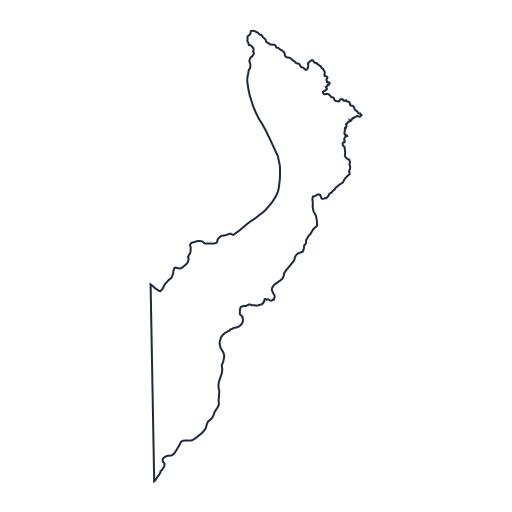 Potosí, Nariño, Colombia (Albers equal-area conic projection), rotated 90°
{"feature_id": "7082276B28332930136844", "entity_name": "Potosí", "entity_type": "district", "adm_level": 2, "iso_a3": "COL", "parent_name": "Colombia", "parent_adm1": "Nariño", "projection": "albers", "projection_center": [-77.52, 0.734], "detail": "fine", "context": "isolated", "style": "outline", "palette": "slate", "viewbox_px": 512, "rotation_deg": 90, "n_neighbors": 0, "source": "geoboundaries", "source_scale": "gbopen_adm2", "svg_char_len": 6009}
<svg xmlns="http://www.w3.org/2000/svg" viewBox="0 0 512 512"><g transform="rotate(90 256 256)"><path d="M115.1,150.6L113.5,151.8L113.5,152.9L113.3,153.4L111.3,154.9L110.3,156.5L109.1,157.4L106.9,158.1L106.4,158.5L105.6,160.0L105.7,160.9L105.5,161.5L104.9,161.9L103.6,162.0L101.8,163.1L101.3,165.6L100.3,165.8L100.3,166.5L100.9,167.7L100.8,168.2L100.3,168.8L99.4,169.2L99.1,170.0L99.3,171.3L99.6,171.9L101.2,172.7L101.5,173.1L100.9,176.6L100.2,177.4L98.0,178.2L97.3,179.2L97.3,180.4L97.0,180.9L95.4,182.0L94.5,183.1L93.9,184.3L93.8,184.8L94.2,186.5L94.2,187.5L94.1,188.0L93.5,188.6L92.2,189.1L91.7,189.1L91.2,188.5L90.6,186.9L89.3,185.2L88.8,185.1L88.0,185.4L87.3,186.0L86.6,186.1L85.9,184.5L84.7,184.1L84.6,182.9L82.9,182.4L82.7,182.4L82.4,182.8L82.4,184.3L82.1,185.0L81.4,185.0L79.8,185.6L79.3,185.5L77.8,184.6L76.9,184.8L76.6,185.1L76.0,187.3L75.7,187.6L75.2,187.7L74.1,187.3L73.1,187.2L71.4,187.4L70.2,188.4L68.9,188.8L68.0,190.5L66.2,191.2L66.0,192.0L64.5,193.7L63.9,194.9L63.1,195.2L63.2,196.0L62.8,196.7L62.6,197.4L60.4,199.1L60.1,200.1L61.1,201.9L62.6,203.2L62.9,203.9L64.6,204.0L66.1,203.6L68.3,204.3L69.6,205.2L69.8,206.0L69.7,206.6L67.9,208.6L66.9,211.0L66.4,211.5L64.8,212.3L63.7,213.2L63.3,215.4L62.9,216.1L61.5,217.4L60.1,219.5L58.2,221.5L57.6,223.1L57.3,225.5L56.5,226.1L55.7,227.1L53.1,227.4L52.4,227.9L50.6,229.9L49.3,232.1L48.1,233.5L47.3,235.8L45.9,236.3L45.1,237.0L44.5,238.3L44.8,239.9L44.5,240.6L44.4,242.1L43.3,243.2L42.1,245.6L41.8,245.9L39.9,246.3L38.2,247.8L37.3,249.1L35.9,249.8L35.0,250.5L34.8,251.6L34.3,252.5L32.5,254.4L32.1,255.6L31.4,256.6L30.7,259.3L31.1,261.1L33.1,261.5L34.4,262.0L36.4,264.4L37.5,264.6L38.8,264.4L40.9,264.7L41.7,264.3L43.0,263.5L45.0,263.3L45.3,261.3L46.1,260.4L46.8,260.0L47.0,259.6L48.2,258.6L49.4,258.4L51.7,258.8L52.5,258.3L53.1,258.1L53.8,258.3L56.3,259.7L57.5,261.4L59.9,262.4L61.3,262.7L62.7,262.1L65.1,261.6L66.6,261.7L68.1,261.9L69.3,262.8L70.7,263.4L73.9,263.8L75.9,264.4L79.8,264.8L82.4,264.6L90.3,263.4L95.7,262.2L98.6,261.3L105.8,259.0L112.6,256.2L119.0,253.0L124.0,249.8L131.3,245.8L134.5,244.4L138.1,242.5L152.9,235.7L154.6,234.8L156.1,234.2L162.9,232.7L166.2,232.1L168.1,232.0L174.9,232.0L179.6,232.2L187.1,233.1L189.3,233.5L191.1,233.9L196.2,236.1L199.6,238.2L202.8,240.3L210.0,246.5L211.4,248.0L218.5,257.0L221.3,261.4L223.9,264.8L230.1,272.1L234.9,278.6L234.8,279.3L233.7,281.4L233.8,282.3L234.0,283.3L234.5,284.3L235.4,286.9L235.7,289.9L236.1,290.8L236.5,291.6L239.2,294.3L242.0,294.9L242.8,295.5L243.5,297.9L243.5,307.0L241.3,310.1L241.1,311.9L241.0,314.2L242.8,320.4L244.0,321.6L245.0,322.0L247.4,321.3L251.2,321.4L253.4,321.9L254.6,322.8L257.1,323.9L258.6,323.4L260.3,323.6L262.1,324.2L263.2,324.9L264.9,326.5L267.8,330.1L268.4,331.4L268.3,333.9L267.5,336.5L268.1,337.6L269.9,338.4L273.9,339.0L277.9,340.6L278.7,341.5L279.3,342.6L283.9,346.9L288.8,349.5L290.6,351.0L291.1,351.8L291.1,352.5L290.8,353.1L288.0,357.3L286.0,359.3L284.4,361.4L481.3,357.8L480.6,356.9L479.3,356.2L474.2,352.6L472.9,351.8L471.1,351.4L469.6,349.7L468.9,349.4L466.5,347.8L464.4,347.4L462.9,348.0L461.5,349.1L459.8,349.4L458.1,348.7L456.6,346.6L455.7,344.0L455.7,341.5L455.1,339.9L453.5,337.8L449.9,335.4L444.4,332.3L442.6,331.4L441.4,330.4L440.7,328.9L440.5,327.3L440.5,321.9L440.3,320.0L439.3,318.1L436.6,314.4L432.6,309.6L431.4,308.6L428.2,306.2L424.6,305.3L421.9,304.2L421.4,303.8L418.7,300.7L417.6,299.7L415.1,298.4L411.8,297.3L407.4,294.4L405.4,293.4L404.3,293.1L399.9,293.4L398.0,293.1L395.6,293.1L391.7,292.7L386.8,293.5L384.7,293.5L381.2,292.9L379.0,292.2L375.5,290.9L373.1,290.2L369.7,289.7L366.0,290.2L365.0,290.2L362.2,288.9L357.4,287.9L355.5,287.8L352.2,288.8L347.8,291.4L345.1,292.1L343.2,292.4L341.5,292.2L338.3,291.3L337.2,290.9L335.6,289.7L334.1,288.4L333.0,287.0L331.0,283.6L330.7,282.6L329.4,281.7L329.2,280.5L327.8,277.9L327.4,275.3L326.8,273.6L325.3,271.5L323.6,270.0L322.5,269.5L321.0,269.1L319.4,269.1L317.5,269.4L316.4,269.8L314.5,271.9L313.6,272.2L309.9,272.1L308.5,271.8L307.1,271.3L305.8,268.2L306.1,266.7L305.9,265.6L305.1,264.6L304.3,262.4L305.2,260.4L305.3,257.1L305.7,256.0L305.5,254.4L304.7,251.5L304.1,249.9L303.1,248.7L302.1,248.7L301.4,247.7L301.0,247.6L300.2,247.7L299.1,247.2L299.2,246.1L299.7,245.3L299.3,244.5L299.5,243.4L300.3,242.4L300.6,241.5L300.6,240.6L300.2,239.5L299.4,238.8L299.6,238.1L296.5,237.3L295.4,237.5L292.2,239.3L289.6,240.2L288.3,240.0L286.3,239.0L284.8,237.8L280.0,231.1L278.5,229.5L276.0,228.3L273.7,228.1L273.0,227.8L270.0,225.6L265.4,221.8L260.3,217.8L259.5,217.5L257.4,217.2L255.1,215.9L254.0,214.7L253.2,213.5L251.8,209.3L248.7,208.2L245.4,207.8L244.4,206.8L243.3,206.1L239.9,205.8L235.5,203.1L233.8,201.4L229.3,198.9L225.7,194.9L221.1,195.1L216.4,195.9L214.9,196.5L211.6,198.4L207.3,199.3L202.8,199.2L198.9,199.6L197.4,199.4L196.5,199.0L196.2,197.2L194.5,194.6L194.4,193.8L194.7,193.1L194.6,192.2L194.8,191.8L196.6,191.3L198.6,190.3L198.8,189.0L198.5,187.8L198.1,186.8L198.2,185.7L196.1,183.7L193.5,182.4L192.7,180.6L191.0,179.4L189.4,177.2L188.5,176.9L187.7,176.2L184.7,172.7L183.4,170.5L182.1,168.8L180.3,168.1L178.2,166.7L176.1,164.7L174.0,162.3L173.0,162.3L172.0,162.8L170.8,162.9L170.2,162.7L169.5,162.2L167.7,161.8L166.0,161.9L164.6,162.5L163.3,162.4L162.8,162.0L161.9,162.1L159.9,162.7L159.6,163.1L158.4,165.4L156.1,167.1L155.1,167.2L153.5,166.8L152.6,166.8L147.4,167.4L146.7,167.7L146.3,168.3L145.5,169.0L144.4,169.3L143.6,169.4L143.0,169.2L142.4,168.5L142.3,167.6L141.6,167.2L141.3,167.2L140.8,167.6L139.2,167.8L138.1,167.5L136.9,166.7L136.3,166.0L136.0,164.8L135.6,165.0L135.4,165.2L134.7,167.1L133.6,167.6L133.1,167.3L132.5,167.5L131.1,167.2L129.2,167.2L128.8,167.1L128.6,166.6L127.8,167.0L127.5,166.7L127.5,166.0L126.1,165.4L125.1,165.6L124.2,166.1L123.8,165.8L123.2,164.7L122.0,163.8L121.5,162.4L121.2,162.2L120.4,162.3L120.9,161.7L120.8,161.1L120.4,160.6L119.2,160.4L119.0,160.2L118.7,159.3L118.1,159.2L117.9,158.1L117.3,157.5L116.3,155.4L116.4,155.1L116.1,154.7L116.7,152.4L116.6,151.8L116.3,151.4L115.3,151.0L115.1,150.6Z" fill="none" stroke="#1e293b" stroke-width="2"/></g></svg>